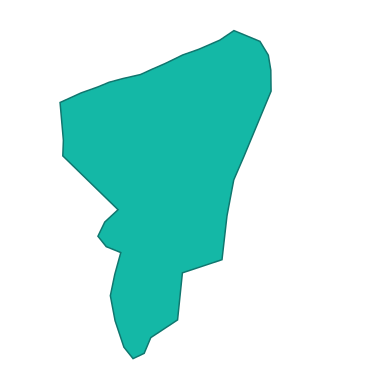 outline of Senador Georgino Avelino, Rio Grande do Norte, Brazil, rotated 253°
{"feature_id": "56859067B48264665156526", "entity_name": "Senador Georgino Avelino", "entity_type": "district", "adm_level": 2, "iso_a3": "BRA", "parent_name": "Brazil", "parent_adm1": "Rio Grande do Norte", "projection": "albers", "projection_center": [-35.121, -6.162], "detail": "fine", "context": "isolated", "style": "filled", "palette": "teal", "viewbox_px": 384, "rotation_deg": 253, "n_neighbors": 0, "source": "geoboundaries", "source_scale": "gbopen_adm2", "svg_char_len": 597}
<svg xmlns="http://www.w3.org/2000/svg" viewBox="0 0 384 384"><g transform="rotate(253 192 192)"><path d="M265.3,297.1L285.5,303.0L300.5,305.0L316.2,301.0L334.1,279.3L329.1,263.0L326.5,240.1L325.8,223.3L322.7,203.7L321.2,190.5L319.4,177.0L320.7,159.2L321.2,144.9L320.0,132.4L319.2,114.9L316.2,92.0L279.0,84.1L264.3,79.0L196.7,116.1L188.8,99.8L177.2,89.1L164.8,94.0L154.9,106.2L135.7,94.0L116.7,83.6L91.4,80.8L63.5,81.5L49.9,86.9L51.7,99.1L64.8,110.0L73.9,140.8L117.5,159.2L118.5,200.9L159.0,218.5L191.4,235.5L210.9,252.1L265.3,297.1Z" fill="#14b8a6" stroke="#0f766e" stroke-width="1.5"/></g></svg>